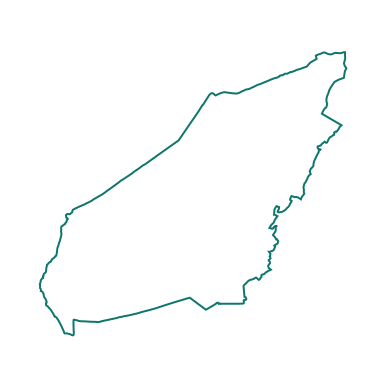 Slobozia Bradului, Vrancea, Romania, rotated 96°
{"feature_id": "2599482B85877381221318", "entity_name": "Slobozia Bradului", "entity_type": "district", "adm_level": 2, "iso_a3": "ROU", "parent_name": "Romania", "parent_adm1": "Vrancea", "projection": "equal_earth", "projection_center": [27.039, 45.483], "detail": "fine", "context": "isolated", "style": "outline", "palette": "teal", "viewbox_px": 384, "rotation_deg": 96, "n_neighbors": 0, "source": "geoboundaries", "source_scale": "gbopen_adm2", "svg_char_len": 5905}
<svg xmlns="http://www.w3.org/2000/svg" viewBox="0 0 384 384"><g transform="rotate(96 192 192)"><path d="M37.0,54.5L37.2,55.9L37.8,57.0L38.5,59.2L38.6,61.5L38.6,63.9L39.1,65.1L40.4,67.4L40.7,68.8L40.6,70.8L39.5,74.2L39.4,75.0L39.5,75.6L39.8,76.3L41.1,78.6L42.1,80.8L43.0,82.5L43.4,83.0L43.6,83.1L45.3,82.4L46.2,82.0L46.6,82.0L47.7,83.4L49.5,86.0L51.1,88.0L52.8,89.3L55.0,90.7L55.5,91.5L56.0,92.4L56.6,93.9L58.1,96.9L59.8,101.0L60.9,102.6L61.9,104.8L62.2,105.3L62.4,106.6L63.4,108.0L64.3,109.6L64.6,110.5L64.6,111.7L65.0,112.4L66.5,114.2L66.4,115.0L67.2,116.9L67.5,117.1L67.9,117.1L69.4,119.4L69.9,121.1L70.6,122.7L71.9,125.2L75.2,131.1L76.3,133.3L77.4,135.1L78.7,138.2L80.6,141.0L81.8,143.2L83.0,145.0L83.8,146.6L84.2,148.2L84.5,149.0L87.0,153.4L87.7,154.2L88.1,154.9L89.1,156.9L89.4,157.9L89.5,158.8L89.6,162.8L89.3,170.1L89.8,171.8L90.6,173.7L92.2,176.5L93.4,178.4L93.5,178.8L92.5,180.3L92.0,180.8L91.8,181.3L91.6,182.3L91.7,182.9L91.9,183.2L92.6,184.0L94.0,185.1L103.4,189.8L104.2,190.3L105.1,191.1L106.0,191.4L110.4,193.6L111.1,193.9L126.7,202.4L142.1,210.7L152.5,222.6L168.4,240.5L169.9,242.3L170.3,243.1L170.5,243.4L174.0,247.1L178.1,252.0L179.9,253.7L186.5,261.7L188.2,264.0L190.2,265.9L198.6,275.2L200.0,277.0L201.4,278.3L203.6,280.8L209.5,289.0L211.3,291.0L216.1,298.5L217.4,301.0L219.9,305.2L221.6,307.8L222.3,308.7L222.8,308.9L224.4,309.0L225.1,309.4L226.8,311.1L227.0,311.9L226.8,313.1L227.3,314.3L227.6,314.6L228.3,314.9L229.0,314.6L230.2,314.5L230.6,314.3L230.7,313.8L230.9,313.7L231.2,313.4L231.5,312.8L231.8,312.8L232.0,312.8L232.1,313.2L232.4,313.3L232.7,313.4L232.9,313.3L233.4,313.4L233.9,313.7L234.7,313.7L235.1,313.9L235.4,314.3L236.0,314.5L236.4,314.9L236.8,314.8L237.2,315.0L237.5,315.3L237.7,315.8L239.0,317.0L239.8,318.1L240.4,318.3L241.6,318.4L243.3,318.1L245.1,318.1L246.0,317.9L246.6,317.6L247.5,317.4L249.2,317.5L255.4,318.5L256.4,318.9L258.7,319.2L261.8,320.0L267.3,320.1L269.3,320.4L269.8,320.6L270.2,321.3L270.5,321.5L271.2,321.8L272.1,322.5L273.3,324.0L275.3,325.0L275.7,325.0L276.3,325.4L276.5,326.1L277.9,327.3L278.2,327.4L279.6,328.6L281.2,328.6L282.4,329.0L283.1,329.0L284.2,328.8L285.8,329.0L286.4,328.9L286.8,329.0L287.4,329.2L288.5,330.4L289.2,330.9L290.8,330.9L291.1,331.4L291.3,331.5L292.2,331.1L293.1,331.1L293.3,331.6L293.7,332.0L295.5,333.1L296.0,333.2L296.6,333.1L300.0,333.7L300.5,333.3L302.2,333.2L303.3,333.1L303.6,332.9L303.9,332.5L305.1,332.1L305.7,331.9L306.3,332.0L306.6,330.7L308.4,329.1L310.8,328.5L312.1,327.8L314.1,326.2L315.6,325.5L315.6,325.4L317.2,325.0L317.6,325.5L318.5,325.6L319.5,325.3L320.0,325.0L320.7,323.7L322.7,321.5L324.4,319.7L325.8,318.7L327.1,317.6L329.9,315.8L329.7,315.6L330.5,314.8L330.9,313.7L333.6,311.5L336.9,309.2L340.5,307.0L343.2,305.4L345.8,304.1L345.9,303.8L345.7,301.3L345.9,300.1L346.3,297.8L346.7,297.0L347.0,295.8L346.9,295.1L346.6,294.9L344.9,294.7L342.3,295.2L333.8,296.3L331.7,296.4L331.3,295.8L331.7,292.9L332.2,290.3L332.1,288.0L331.9,286.0L331.6,278.9L331.2,274.2L331.2,273.1L331.3,271.9L330.8,270.3L329.8,267.9L325.1,253.4L324.2,251.6L323.3,248.3L322.6,246.5L321.5,242.5L318.3,233.3L317.7,231.7L317.0,230.5L314.7,224.2L313.3,220.6L311.7,216.5L308.0,208.3L303.9,198.9L298.4,185.8L297.4,183.1L307.6,165.9L301.8,157.9L300.6,156.5L299.7,155.8L299.4,154.7L300.4,153.9L299.9,153.0L300.4,152.4L300.1,151.3L297.9,131.0L297.5,129.2L297.3,129.0L296.2,128.8L295.6,128.9L294.8,129.3L294.4,129.2L294.1,129.0L293.9,128.6L293.7,127.4L293.5,127.1L292.9,126.8L292.4,126.9L291.1,127.6L290.9,128.8L289.1,129.2L280.2,130.9L279.5,130.7L276.4,128.1L275.4,127.5L273.7,125.6L273.3,124.8L272.7,123.0L272.2,122.0L271.4,120.8L270.5,119.7L270.4,119.2L272.4,116.4L271.6,115.5L269.2,114.1L268.1,114.2L267.1,114.1L266.8,113.2L266.1,111.9L265.7,111.2L264.4,110.4L263.9,109.6L262.7,108.1L261.7,106.6L261.0,105.4L260.6,105.9L259.6,107.7L258.1,108.4L257.4,108.5L256.5,108.2L254.8,107.0L253.6,107.2L253.1,107.5L252.3,108.4L251.7,108.6L251.3,108.0L250.4,107.5L249.8,107.0L248.6,107.5L248.2,107.5L248.0,108.0L246.2,107.5L245.3,107.5L243.5,109.1L243.5,108.7L242.7,107.3L242.3,106.3L241.9,105.3L240.4,104.4L237.7,103.6L236.7,104.6L235.6,103.4L235.2,102.8L235.2,102.4L234.4,101.6L233.0,101.2L231.9,101.1L230.9,102.0L230.1,102.6L230.4,103.0L230.4,103.3L229.3,104.0L227.5,105.5L227.0,106.4L226.6,106.8L226.1,106.9L224.2,105.8L222.1,104.8L221.0,104.7L219.1,105.1L217.5,104.6L217.1,104.3L216.9,104.4L217.0,105.1L217.2,105.6L218.1,106.8L220.0,107.8L220.2,108.5L220.0,109.6L219.7,110.3L219.6,111.2L216.6,109.8L215.7,109.1L214.4,107.8L210.8,106.6L207.1,104.5L205.9,107.4L206.0,108.0L200.9,108.2L198.3,107.1L197.4,106.6L197.2,106.2L197.5,105.6L197.9,104.8L198.0,104.3L197.7,104.0L197.8,103.8L199.4,103.8L200.4,104.0L201.5,104.6L202.3,104.8L202.8,104.7L203.2,104.1L203.1,103.3L202.4,100.5L201.0,98.4L200.4,97.6L199.4,96.7L198.2,96.0L197.0,94.9L195.8,94.0L194.9,93.6L194.2,93.5L193.2,93.1L192.3,92.6L191.3,92.1L190.4,92.0L190.2,92.6L189.6,93.5L189.2,93.7L187.4,93.3L185.6,92.6L186.4,89.2L186.1,88.6L186.0,87.8L186.2,86.6L186.6,85.4L187.3,84.2L187.9,82.9L187.1,82.8L185.6,82.3L181.8,80.1L181.0,80.6L180.4,80.8L178.1,80.9L175.7,81.7L171.6,81.0L170.9,80.4L169.6,79.8L167.3,78.9L166.4,78.6L165.8,78.6L164.0,77.8L162.7,76.8L161.8,75.8L159.3,77.1L156.3,76.2L155.6,75.5L154.0,74.3L152.9,73.9L152.0,74.1L150.4,74.0L148.8,73.8L147.8,73.5L143.6,72.0L138.8,70.1L138.3,70.2L137.0,70.0L136.7,69.4L136.8,69.0L136.3,68.7L135.8,71.2L134.6,71.7L133.6,71.8L133.3,71.3L132.7,70.0L132.4,68.9L130.8,68.0L128.1,65.4L129.0,63.9L128.9,63.2L128.5,62.8L127.2,62.3L126.1,62.0L123.8,61.0L122.9,60.2L122.0,58.8L121.0,58.0L120.2,56.6L119.3,56.5L118.1,56.9L116.8,55.3L117.0,54.5L113.7,52.6L112.1,52.1L110.0,50.3L100.6,71.0L97.8,70.1L95.1,68.8L93.8,67.3L90.5,66.8L89.7,66.9L88.4,67.6L85.9,68.0L83.0,67.8L80.2,66.9L76.0,66.0L71.6,64.0L67.7,61.8L65.7,59.0L64.5,56.9L62.6,52.9L56.0,52.6L52.8,51.4L50.4,53.4L48.1,54.3L43.4,53.6L37.0,54.5Z" fill="none" stroke="#0f766e" stroke-width="2"/></g></svg>